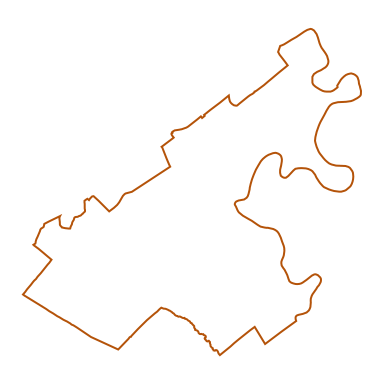 outline of Romanesti, Botosani, Romania
{"feature_id": "2599482B29124151289433", "entity_name": "Romanesti", "entity_type": "district", "adm_level": 2, "iso_a3": "ROU", "parent_name": "Romania", "parent_adm1": "Botosani", "projection": "orthographic", "projection_center": [27.238, 47.723], "detail": "fine", "context": "isolated", "style": "outline", "palette": "amber", "viewbox_px": 384, "rotation_deg": 0, "n_neighbors": 0, "source": "geoboundaries", "source_scale": "gbopen_adm2", "svg_char_len": 5952}
<svg xmlns="http://www.w3.org/2000/svg" viewBox="0 0 384 384"><path d="M296.2,321.0L295.6,319.0L295.6,317.2L296.0,316.3L297.0,315.4L298.7,314.8L302.8,313.9L306.6,312.5L308.7,310.6L309.3,309.7L309.9,308.4L310.4,307.0L310.8,302.6L310.7,300.7L310.8,298.7L311.7,295.9L312.5,294.3L316.3,288.9L317.4,287.0L319.0,285.2L320.6,282.2L320.9,281.1L321.0,279.9L320.9,278.8L320.3,277.5L317.8,275.1L315.7,274.3L314.3,274.4L311.9,275.6L306.5,279.9L302.8,282.5L301.2,283.4L299.4,283.9L297.4,284.1L295.6,284.0L293.5,283.5L291.3,282.7L290.3,282.0L289.4,281.2L288.6,279.2L287.3,275.2L286.4,273.3L284.6,269.8L283.3,268.1L281.7,265.6L281.3,263.1L281.4,261.7L281.9,260.1L283.3,256.9L283.8,255.3L284.3,251.7L284.4,249.9L284.2,249.1L284.3,248.3L283.7,245.8L282.1,241.6L280.8,237.7L278.9,233.7L277.8,232.1L276.6,230.9L274.9,229.8L273.2,229.0L267.9,227.8L266.3,227.8L264.4,227.5L260.5,226.6L257.7,224.9L251.8,220.8L248.4,218.9L242.9,215.7L238.9,212.4L238.2,211.4L237.6,210.4L236.0,206.7L234.8,204.6L234.9,203.4L235.5,202.3L236.3,201.5L238.6,200.5L244.1,199.5L246.6,197.8L247.7,196.3L248.5,194.1L249.6,189.5L249.8,187.6L250.7,183.8L252.0,179.3L253.7,174.8L255.9,169.7L258.3,165.5L260.7,161.5L261.4,160.6L262.9,158.9L265.0,157.1L266.5,156.0L268.6,154.8L272.9,153.2L275.3,152.8L276.5,153.0L278.6,153.8L280.2,155.0L281.1,156.2L281.6,157.9L281.9,159.3L281.8,161.4L281.1,165.7L280.2,169.4L280.1,170.6L280.1,172.9L280.8,175.7L282.4,177.0L283.6,177.6L284.8,177.8L286.0,177.7L288.3,176.0L293.4,170.5L295.4,168.8L298.1,168.3L301.4,168.1L305.9,168.4L308.3,169.0L310.8,170.1L312.4,171.2L315.1,174.7L316.4,177.5L318.9,181.4L320.2,183.2L322.9,186.2L324.1,187.2L328.9,189.4L331.6,190.3L334.1,191.0L339.4,191.7L341.1,191.7L342.6,191.3L344.7,190.7L346.1,190.0L349.8,186.9L350.7,185.9L351.8,183.8L352.6,181.5L353.1,179.1L353.3,176.6L353.1,174.2L352.9,172.6L352.2,171.0L350.4,168.5L349.8,167.8L348.4,166.9L345.5,166.0L336.0,165.6L331.6,164.5L329.3,163.5L327.3,162.0L325.3,160.2L323.5,158.2L319.8,153.5L318.6,151.5L316.6,146.8L315.5,143.0L315.0,140.8L315.4,137.1L316.7,131.7L318.6,126.3L319.4,124.3L320.5,121.9L324.3,115.0L326.5,110.7L328.9,106.8L330.4,105.1L332.2,103.8L333.4,103.3L337.9,102.2L346.0,101.8L351.0,101.1L353.2,100.3L357.3,98.1L359.3,96.7L360.4,95.6L360.8,94.7L360.9,93.4L361.0,90.9L360.1,87.4L360.0,86.6L359.0,83.7L358.7,80.8L357.6,77.4L356.6,76.1L355.1,74.9L353.6,74.1L351.2,73.4L350.0,73.6L348.0,74.1L346.1,74.9L344.2,76.3L342.2,78.2L340.9,79.7L337.2,85.7L337.5,86.6L337.6,87.2L336.6,88.1L333.8,90.2L332.3,91.0L330.5,91.6L326.6,91.6L324.5,91.4L322.7,90.9L319.8,89.4L316.9,87.6L315.4,86.6L313.5,84.9L312.8,83.8L312.4,82.6L312.4,76.8L313.9,74.1L317.1,71.9L320.9,70.2L325.6,67.2L327.0,65.7L327.8,64.2L328.2,63.1L328.4,61.8L328.3,60.3L327.1,56.1L326.0,54.1L324.7,52.1L321.6,47.8L320.6,45.8L319.5,43.1L317.9,37.5L316.6,34.1L315.9,33.1L314.4,31.0L313.8,30.3L312.9,29.8L312.3,29.4L311.6,29.1L310.5,28.9L307.3,29.9L304.3,31.6L296.4,37.0L291.4,39.8L286.3,43.0L284.0,44.4L281.7,45.4L280.2,45.9L278.1,52.0L278.6,52.8L279.5,54.6L285.0,61.7L287.7,65.4L278.8,72.6L271.8,78.5L268.3,81.4L264.0,85.1L256.2,90.9L254.5,91.6L254.5,92.3L253.5,93.0L252.6,93.8L250.3,95.0L248.2,96.5L239.4,103.6L237.2,105.5L236.2,105.7L234.0,105.3L232.3,104.2L231.0,103.0L230.0,101.6L229.6,100.3L229.2,98.6L228.8,95.5L220.2,102.5L210.5,109.8L204.1,114.9L204.7,115.7L204.7,115.9L202.1,118.0L200.9,116.4L197.3,119.4L188.1,126.6L186.4,127.6L181.5,129.3L181.2,129.3L179.3,129.7L174.7,130.4L172.7,131.6L172.1,132.2L172.6,132.6L172.6,132.8L171.4,133.9L171.6,134.6L172.1,135.5L173.7,137.6L173.0,138.2L161.6,146.8L162.3,147.6L166.6,158.6L169.1,164.5L170.2,166.7L131.9,191.8L125.5,193.5L124.5,194.2L122.9,195.9L119.2,202.3L117.2,204.9L114.0,207.8L109.2,211.4L98.5,200.7L93.6,196.2L92.2,196.4L91.8,196.7L90.0,198.6L89.0,200.1L87.4,198.8L86.4,199.4L84.5,200.8L84.5,202.6L84.7,203.8L84.7,206.1L84.7,208.5L85.0,210.0L85.0,210.7L85.0,211.3L84.7,211.8L83.5,212.8L82.7,213.8L82.0,214.2L81.1,215.2L80.5,215.6L78.9,216.1L77.7,216.8L75.6,217.0L74.7,217.4L74.4,217.7L73.7,220.0L72.6,221.7L72.2,222.7L71.9,224.3L70.7,226.6L70.2,228.5L69.1,228.6L65.4,228.2L62.9,227.7L62.5,227.4L62.0,227.5L60.2,225.4L59.9,224.7L59.8,221.8L59.4,218.6L59.6,216.9L60.0,216.1L48.7,221.6L44.3,223.9L43.7,226.8L42.6,227.7L41.2,228.5L40.7,229.1L40.3,229.8L40.0,231.0L37.6,236.7L36.4,239.2L35.7,241.5L35.6,242.8L35.3,243.6L34.7,243.9L33.4,244.8L34.1,245.5L38.8,249.0L51.5,259.7L49.2,262.9L47.8,264.4L40.7,273.3L37.6,276.7L36.0,279.0L34.3,280.5L33.1,281.9L30.9,284.8L27.0,289.4L25.3,291.8L23.0,294.5L24.3,295.5L46.2,309.0L49.3,311.2L53.1,313.4L57.3,316.2L59.3,317.2L63.5,319.8L67.4,321.7L68.3,322.3L70.2,323.4L71.6,324.6L73.4,325.3L76.9,327.5L91.0,337.0L118.2,349.5L128.6,338.7L129.5,337.4L130.2,336.9L131.1,336.7L131.3,336.1L137.9,329.1L147.0,320.1L154.7,313.5L157.3,311.5L158.4,310.3L159.7,309.0L161.3,307.7L163.5,308.6L165.6,308.8L168.0,309.8L168.9,310.4L169.5,310.5L172.2,312.3L172.6,312.9L173.8,313.5L174.8,314.8L175.7,315.5L176.6,315.9L177.4,316.0L178.3,316.7L179.7,316.5L180.2,316.6L182.2,317.7L183.3,318.1L184.5,317.9L184.9,318.7L185.3,318.9L185.8,318.9L186.8,319.3L187.3,319.6L188.0,320.4L189.8,321.4L190.0,321.6L190.5,322.7L190.9,323.0L191.6,323.1L192.2,324.1L192.9,324.7L193.3,325.3L193.7,325.5L194.2,326.1L194.2,327.7L195.3,329.1L195.3,329.5L195.1,329.8L195.2,330.0L195.8,330.1L197.4,330.7L198.2,331.5L198.7,333.1L199.6,333.9L200.2,334.1L201.3,333.9L202.4,334.3L203.3,334.2L203.9,335.1L204.7,335.3L205.6,336.0L205.8,336.5L205.7,337.5L205.0,337.7L204.7,338.2L204.7,338.6L205.0,339.2L206.3,340.5L206.5,341.0L207.2,341.4L208.3,341.4L208.5,341.3L208.6,340.8L208.9,340.8L209.2,341.2L210.0,342.1L209.9,343.5L210.5,344.5L210.5,345.8L210.6,346.2L211.9,347.7L212.7,348.1L212.8,348.4L212.7,349.1L213.5,350.0L213.6,350.4L214.5,350.5L214.9,350.7L215.6,350.1L216.4,350.1L217.0,350.4L217.8,351.4L218.6,353.6L219.9,355.1L230.5,346.5L234.1,343.2L238.7,339.4L250.1,330.3L254.7,326.9L265.1,344.0L281.7,331.5L296.2,321.0Z" fill="none" stroke="#b45309" stroke-width="2"/></svg>